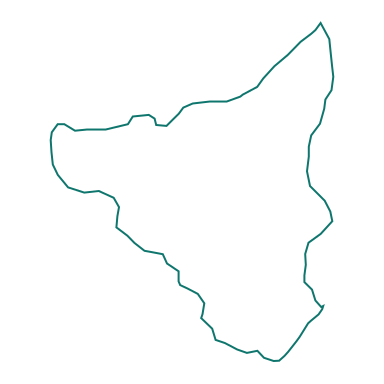 Meneou, Larnaca, Cyprus (Robinson projection)
{"feature_id": "46923920B15655385768829", "entity_name": "Meneou", "entity_type": "district", "adm_level": 2, "iso_a3": "CYP", "parent_name": "Cyprus", "parent_adm1": "Larnaca", "projection": "robinson", "projection_center": [33.605, 34.857], "detail": "fine", "context": "isolated", "style": "outline", "palette": "teal", "viewbox_px": 384, "rotation_deg": 0, "n_neighbors": 0, "source": "geoboundaries", "source_scale": "gbopen_adm2", "svg_char_len": 1274}
<svg xmlns="http://www.w3.org/2000/svg" viewBox="0 0 384 384"><path d="M320.6,23.0L315.4,30.1L311.3,33.7L300.6,41.8L287.9,54.8L274.4,66.2L263.3,78.4L257.2,86.9L242.8,94.6L240.3,96.6L226.8,101.5L210.0,101.5L192.7,103.5L183.3,107.6L178.8,113.7L172.2,120.2L166.5,125.9L156.2,125.0L154.6,118.6L148.8,114.9L132.8,116.5L127.9,124.2L105.8,129.5L87.3,129.5L75.0,130.7L64.3,124.2L57.7,124.2L51.8,132.3L50.7,140.1L51.5,152.3L52.8,164.5L57.8,174.9L68.1,187.4L84.3,192.6L98.8,191.0L113.7,197.8L119.0,207.1L117.4,216.2L116.4,227.4L127.4,235.7L134.5,243.0L144.5,250.8L151.1,252.0L162.8,254.2L167.0,263.5L178.6,271.3L178.6,281.4L180.2,285.1L187.5,288.5L197.8,293.9L204.3,303.3L202.5,314.2L201.2,318.1L212.2,328.7L215.6,339.9L224.8,343.0L237.2,349.5L246.9,352.9L257.4,350.8L264.0,357.8L273.7,361.0L279.2,360.7L279.9,360.0L284.4,356.0L288.1,351.9L296.5,341.2L299.7,336.8L308.1,323.3L311.0,320.7L318.6,314.4L322.2,309.2L323.2,306.0L321.2,307.0L315.4,300.5L312.0,289.6L304.4,282.1L304.4,275.4L305.8,264.9L305.2,254.0L308.5,242.7L320.7,233.9L332.3,221.2L330.3,211.5L324.7,200.7L310.0,186.0L307.0,171.3L308.8,156.6L308.8,146.7L311.2,135.4L320.0,123.7L324.2,108.8L325.4,99.5L331.5,90.2L333.3,76.8L332.1,66.3L330.6,52.0L329.3,39.1L320.6,23.0Z" fill="none" stroke="#0f766e" stroke-width="2"/></svg>